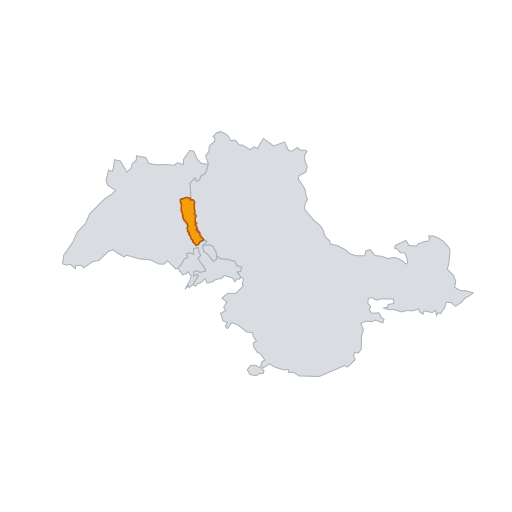 Nepal highlighted, Albers equal-area conic projection, rotated 52°
{"feature_id": "NPL", "entity_name": "Nepal", "entity_type": "country or territory", "adm_level": 0, "iso_a3": "NPL", "parent_name": "Asia", "parent_adm1": "", "projection": "albers", "projection_center": [84.322, 28.374], "detail": "fine", "context": "with_neighbors", "style": "filled", "palette": "amber", "viewbox_px": 512, "rotation_deg": 52, "n_neighbors": 4, "source": "natural_earth", "source_scale": "50m", "svg_char_len": 7264}
<svg xmlns="http://www.w3.org/2000/svg" viewBox="0 0 512 512"><g transform="rotate(52 256 256)"><path d="M263.5,280.9L264.2,283.3L262.3,284.7L263.2,288.7L259.0,287.9L251.9,293.1L252.4,296.8L249.7,302.5L249.6,305.7L247.4,311.2L242.7,310.1L243.0,316.8L241.8,319.1L242.6,321.8L239.7,323.6L235.9,313.5L234.2,313.7L233.5,317.9L230.0,314.7L231.7,310.9L234.3,310.4L236.7,304.7L233.2,303.8L222.1,303.6L221.4,299.1L218.6,298.9L213.8,296.3L211.9,300.8L216.3,304.1L212.7,306.6L211.4,309.0L215.2,310.6L214.3,314.6L216.5,319.4L217.7,324.7L216.9,327.1L205.3,328.7L205.8,333.5L202.6,337.4L193.7,341.9L186.8,349.4L175.7,357.5L175.6,360.5L166.6,364.1L163.6,364.4L161.5,369.1L162.7,382.7L159.7,388.5L159.3,399.2L155.9,399.3L152.6,403.9L154.6,406.1L148.3,407.5L145.8,411.6L143.0,413.2L137.0,407.1L132.3,391.8L127.2,382.3L125.4,370.3L120.3,361.1L117.8,340.2L118.5,332.4L117.9,326.3L108.7,329.2L104.5,328.0L97.5,319.3L100.7,317.3L99.2,314.5L93.0,308.2L97.5,304.4L110.4,306.0L109.9,300.3L107.0,296.7L106.9,291.6L103.5,288.3L110.6,282.2L117.2,283.5L123.8,277.3L128.0,271.0L133.9,265.0L134.2,260.4L139.2,257.0L135.1,253.4L132.1,243.1L135.0,240.5L143.0,242.7L149.1,242.2L154.5,237.1L159.9,244.9L159.1,250.2L161.2,253.6L160.8,256.9L156.9,255.8L158.1,263.1L171.1,272.2L167.4,275.0L165.0,281.0L183.3,290.7L191.2,291.6L194.5,294.9L206.1,296.9L210.9,296.6L211.0,287.1L214.4,285.6L215.3,292.0L220.6,294.3L224.2,293.1L233.9,292.8L234.0,288.7L231.5,286.8L236.1,285.7L241.0,280.5L247.2,275.9L252.1,277.0L255.8,273.9L258.9,277.7L257.2,280.6L263.5,280.9Z" fill="#d9dde1" stroke="#a8b0b8" stroke-width="1"/><path d="M239.7,323.6L239.9,328.2L237.7,327.4L238.5,332.5L234.6,323.0L231.9,319.4L226.3,319.4L227.0,322.1L225.3,325.8L222.6,324.6L221.8,325.8L217.7,324.7L216.5,319.4L214.3,314.6L215.2,310.6L211.4,309.0L212.7,306.6L216.3,304.1L211.9,300.8L213.8,296.3L218.6,298.9L221.4,299.1L222.1,303.6L233.2,303.8L236.7,304.7L234.3,310.4L231.7,310.9L230.0,314.7L233.5,317.9L234.2,313.7L235.9,313.5L239.7,323.6Z" fill="#d9dde1" stroke="#a8b0b8" stroke-width="1"/><path d="M228.9,285.2L234.0,288.7L233.9,292.8L224.2,293.1L220.6,294.3L215.3,292.0L215.1,290.7L218.7,285.7L221.7,283.9L228.9,285.2Z" fill="#d9dde1" stroke="#a8b0b8" stroke-width="1"/><path d="M345.7,333.7L340.2,332.8L339.0,327.4L341.4,324.0L347.6,320.8L351.1,320.2L353.0,322.3L350.9,325.6L350.3,329.6L345.7,333.7ZM168.9,193.9L168.7,190.3L172.1,188.8L168.0,177.9L180.2,174.3L183.7,163.4L193.1,165.4L195.7,162.7L195.9,156.6L199.7,156.0L203.2,151.9L205.0,151.4L206.3,155.5L210.4,158.6L217.1,160.6L220.7,165.3L219.2,172.5L221.1,175.1L233.4,176.2L239.6,179.6L242.6,180.0L245.4,185.5L248.7,188.9L264.4,188.4L270.8,186.7L275.8,186.9L283.7,189.6L289.7,188.6L292.2,190.2L297.3,185.8L304.8,182.2L312.1,180.5L317.3,177.1L322.9,170.2L319.6,166.4L321.2,162.0L329.1,161.9L333.0,157.6L339.4,153.4L341.8,148.6L344.5,146.0L350.9,143.3L354.7,142.9L354.6,140.7L349.3,137.8L345.1,137.0L342.3,140.2L337.5,140.5L335.2,141.9L333.4,139.8L336.0,128.3L341.9,128.9L347.1,123.5L346.3,121.0L348.4,113.9L350.3,111.4L349.3,108.4L346.5,107.8L349.2,104.0L354.1,101.3L359.6,99.3L366.4,98.8L370.8,99.4L380.6,108.6L384.2,113.4L392.4,112.3L399.0,114.2L402.9,118.8L409.5,116.0L412.3,112.3L418.7,107.5L418.6,113.5L417.9,116.3L419.0,123.1L418.4,129.8L412.6,131.1L409.6,134.7L412.8,139.1L415.0,146.2L412.7,147.3L413.9,150.3L409.5,148.0L409.0,152.0L402.8,157.3L404.7,160.2L400.6,161.5L397.7,160.4L396.0,165.8L391.8,170.9L389.3,176.1L383.1,180.2L380.4,184.2L375.7,187.5L377.4,183.9L375.6,181.8L378.2,176.5L374.6,174.2L366.9,183.6L365.0,188.4L360.3,190.1L358.5,193.7L362.4,197.1L366.7,196.9L367.7,199.6L372.2,200.2L376.5,194.1L381.7,195.1L384.9,194.2L386.8,197.2L380.2,201.2L378.9,205.2L374.9,209.8L373.6,214.9L380.2,216.7L384.1,222.1L394.1,230.4L395.5,235.0L392.7,237.8L395.0,240.7L398.8,241.6L399.8,252.3L396.9,253.8L389.9,280.3L377.1,295.8L370.7,298.2L367.9,301.9L365.3,300.4L362.8,304.3L355.3,309.5L349.2,311.9L348.6,319.0L345.4,320.1L342.8,315.8L343.7,313.1L335.3,312.7L332.7,314.3L326.4,313.8L323.0,311.8L323.3,308.0L317.7,307.8L314.4,305.9L309.9,310.2L299.5,312.6L293.6,316.0L295.6,323.2L292.3,323.5L291.0,319.4L286.8,321.9L279.3,319.2L280.4,313.7L276.4,312.9L274.3,307.2L268.2,308.9L268.0,301.2L272.9,295.2L271.8,284.9L269.1,283.7L266.8,280.1L263.5,280.9L257.2,280.6L258.9,277.7L255.8,273.9L252.1,277.0L247.2,275.9L241.0,280.5L236.1,285.7L231.5,286.8L228.9,285.2L221.7,283.9L218.7,285.7L215.1,290.7L214.4,285.6L211.0,287.1L197.7,285.3L193.1,282.4L188.6,281.2L186.7,278.0L183.6,277.1L177.9,272.8L173.4,270.7L171.1,272.2L158.1,263.1L156.9,255.8L160.8,256.9L161.2,253.6L159.1,250.2L159.9,244.9L154.5,237.1L145.9,233.9L144.7,228.9L141.1,225.6L140.3,223.7L140.1,217.5L137.1,215.8L135.4,216.3L134.6,210.3L136.2,209.0L135.6,207.5L140.7,204.9L144.3,203.9L149.6,205.1L151.8,201.2L158.2,200.8L160.2,198.4L168.2,195.3L168.9,193.9Z" fill="#d9dde1" stroke="#a8b0b8" stroke-width="1"/><path d="M210.9,287.1L211.1,287.3L211.2,287.6L211.1,287.9L210.9,288.6L210.7,289.1L210.5,290.2L210.3,291.9L210.4,292.3L211.1,293.3L211.4,294.0L211.4,294.6L211.2,295.5L210.9,296.5L210.7,296.7L210.5,296.8L209.7,296.5L209.1,296.6L208.4,296.8L207.7,296.8L207.1,296.7L206.4,297.1L205.7,296.9L205.3,296.6L204.9,295.9L203.4,296.6L203.0,296.7L202.1,296.3L201.3,295.9L201.0,295.8L200.3,295.7L199.6,295.6L198.9,295.4L198.1,295.7L197.7,295.7L197.4,295.4L197.2,295.0L197.1,294.5L196.8,294.2L196.4,294.1L195.7,294.4L194.8,294.8L194.5,294.7L194.2,294.6L194.0,294.1L193.8,294.0L193.6,294.0L193.2,293.9L192.7,293.6L191.2,292.9L191.1,292.5L191.1,291.8L191.0,291.5L190.8,291.2L190.1,290.9L188.6,290.4L187.8,289.9L187.4,290.1L186.7,290.3L186.3,290.7L185.8,290.6L184.7,290.2L184.1,290.1L183.7,290.2L183.6,290.5L183.2,290.7L182.7,290.5L181.9,290.2L181.1,290.1L180.0,289.7L179.8,289.2L179.7,288.7L179.4,288.6L178.4,288.7L177.4,288.1L176.4,287.4L176.0,287.2L175.7,287.1L175.2,287.3L174.9,287.4L174.4,287.0L173.7,286.6L172.9,286.0L171.9,285.3L171.5,284.8L171.3,284.5L171.1,284.2L170.2,283.7L169.6,283.3L168.7,282.8L168.6,282.7L168.3,282.4L167.8,282.1L167.4,282.0L167.2,282.4L166.9,282.3L166.3,281.9L165.8,281.5L165.4,281.2L164.9,280.8L164.8,280.5L165.0,279.7L165.3,279.1L165.5,278.9L165.9,278.5L166.1,277.7L166.1,277.0L166.5,276.0L167.0,275.0L167.9,273.9L168.2,273.6L168.6,273.4L169.4,272.6L169.6,272.4L169.9,272.2L170.3,272.2L170.5,272.3L170.8,272.7L171.0,273.1L171.4,273.1L171.9,272.8L172.8,271.2L174.1,270.9L175.3,271.1L176.3,271.4L176.6,271.9L176.8,272.5L177.0,272.8L177.3,273.1L178.8,273.9L179.6,274.7L180.8,275.6L181.7,276.1L182.5,276.1L183.0,276.5L183.7,277.2L184.2,278.1L184.9,278.9L185.4,278.9L186.1,278.6L186.9,278.3L187.4,278.5L187.9,278.7L188.0,279.1L188.3,279.9L188.6,280.7L189.1,281.0L189.6,281.4L190.0,281.7L191.0,282.3L191.2,282.6L191.4,282.8L191.6,282.9L191.8,283.0L192.2,283.0L193.4,282.7L193.7,282.7L193.9,282.8L193.7,283.5L193.5,284.2L193.7,284.6L194.2,284.7L195.4,284.8L196.9,284.8L197.4,285.2L197.8,285.7L198.3,286.6L198.5,287.0L199.1,287.0L199.2,286.6L199.2,286.0L199.5,285.8L199.8,286.0L200.0,286.4L200.7,286.8L201.1,287.0L201.6,286.9L201.9,286.0L202.3,285.8L202.7,285.9L202.9,286.0L203.1,286.4L203.6,286.5L204.1,286.7L204.6,286.9L205.3,287.5L206.2,287.6L207.2,287.5L207.7,287.5L208.1,287.6L208.5,287.5L209.5,287.1L209.9,287.0L210.4,287.1L210.9,287.1Z" fill="#f59e0b" stroke="#b45309" stroke-width="1.5"/></g></svg>